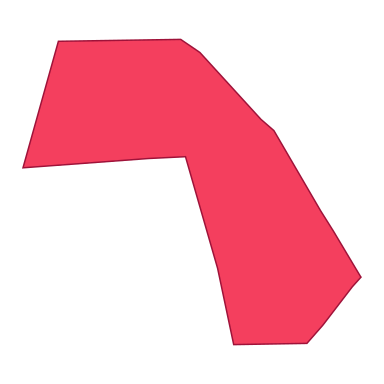 an SVG outline of Jubbada Dhexe
{"feature_id": "SOM-2315", "entity_name": "Jubbada Dhexe", "entity_type": "Region", "adm_level": 1, "iso_a3": "SOM", "parent_name": "Somalia", "parent_adm1": "", "projection": "natural_earth1", "projection_center": [42.85, 1.13], "detail": "fine", "context": "isolated", "style": "filled", "palette": "rose", "viewbox_px": 384, "rotation_deg": 0, "n_neighbors": 0, "source": "natural_earth", "source_scale": "10m", "svg_char_len": 355}
<svg xmlns="http://www.w3.org/2000/svg" viewBox="0 0 384 384"><path d="M361.0,277.1L352.3,286.8L323.0,325.0L306.9,343.4L306.0,343.4L233.7,344.6L217.6,268.3L185.5,156.7L148.5,158.5L23.0,167.8L58.4,41.3L180.7,39.4L199.9,52.5L261.0,119.4L273.9,130.6L320.5,210.6L333.4,231.1L360.5,276.5L361.0,277.1Z" fill="#f43f5e" stroke="#9f1239" stroke-width="1.5"/></svg>